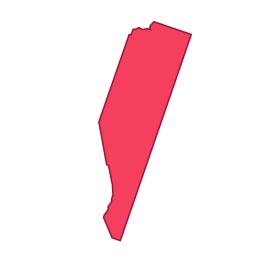 Greenlee, Arizona, United States of America (Natural Earth projection), rotated 19°
{"feature_id": "52423323B93647130667122", "entity_name": "Greenlee", "entity_type": "district", "adm_level": 2, "iso_a3": "USA", "parent_name": "United States of America", "parent_adm1": "Arizona", "projection": "natural_earth1", "projection_center": [-109.179, 33.102], "detail": "fine", "context": "isolated", "style": "filled", "palette": "rose", "viewbox_px": 256, "rotation_deg": 19, "n_neighbors": 0, "source": "geoboundaries", "source_scale": "gbopen_adm2", "svg_char_len": 700}
<svg xmlns="http://www.w3.org/2000/svg" viewBox="0 0 256 256"><g transform="rotate(19 128 128)"><path d="M157.4,19.0L118.0,19.1L116.0,23.2L115.8,25.4L117.3,27.6L114.0,27.7L109.5,30.3L105.7,29.5L103.1,32.2L100.7,33.0L100.5,38.9L98.7,39.2L98.5,131.8L119.8,169.7L121.8,169.8L130.5,184.7L131.4,186.1L135.5,195.9L135.6,200.3L136.5,203.2L134.8,208.7L135.9,211.5L133.9,218.1L133.9,220.4L148.7,237.0L157.4,237.0L157.4,201.4L157.4,195.8L157.4,195.0L157.4,194.4L157.4,193.9L157.4,180.3L157.4,133.4L157.4,129.6L157.4,122.3L157.4,122.2L157.4,110.8L157.4,104.1L157.4,85.6L157.4,84.9L157.4,84.4L157.5,84.0L157.4,78.4L157.4,43.7L157.4,25.2L157.4,19.0Z" fill="#f43f5e" stroke="#9f1239" stroke-width="1.5"/></g></svg>